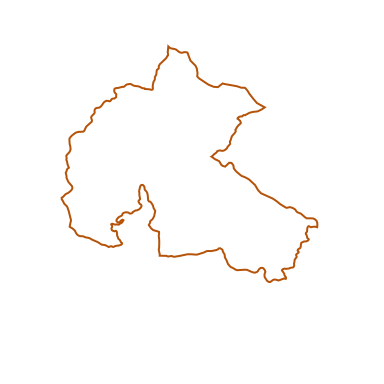 outline of Bannang Sata, Yala, Thailand, rotated 225°
{"feature_id": "78962969B58904714104170", "entity_name": "Bannang Sata", "entity_type": "district", "adm_level": 2, "iso_a3": "THA", "parent_name": "Thailand", "parent_adm1": "Yala", "projection": "albers", "projection_center": [101.271, 6.261], "detail": "fine", "context": "isolated", "style": "outline", "palette": "amber", "viewbox_px": 384, "rotation_deg": 225, "n_neighbors": 0, "source": "geoboundaries", "source_scale": "gbopen_adm2", "svg_char_len": 6038}
<svg xmlns="http://www.w3.org/2000/svg" viewBox="0 0 384 384"><g transform="rotate(225 192 192)"><path d="M253.9,80.9L250.7,81.7L247.7,81.9L244.9,81.0L243.5,80.7L242.0,80.8L240.1,81.5L237.8,83.6L235.1,84.7L232.9,86.3L231.6,87.0L228.8,87.7L223.3,89.9L218.7,90.9L216.2,92.8L214.9,93.4L211.8,94.3L211.5,95.4L210.9,96.4L210.4,96.8L209.6,96.9L208.7,97.7L208.3,98.6L208.1,99.6L205.7,102.7L204.7,105.0L204.9,106.0L205.3,106.4L206.5,106.2L208.9,107.0L211.2,106.9L212.6,107.7L213.7,108.0L217.1,110.7L217.9,110.8L218.4,110.7L219.1,109.3L220.6,108.6L221.7,108.4L222.9,109.0L223.3,109.5L223.7,110.7L224.8,111.8L225.2,112.0L225.6,111.8L226.0,111.8L226.3,112.0L226.3,112.5L225.9,113.2L223.1,114.7L222.3,115.9L220.8,117.0L220.5,117.7L220.6,118.7L220.0,120.2L219.9,121.3L220.5,123.6L221.0,123.5L221.7,123.1L222.1,121.0L221.8,119.6L222.3,118.8L222.8,118.3L223.6,118.0L224.3,118.0L224.9,118.1L225.6,118.9L225.8,119.4L226.1,121.7L225.8,123.2L225.0,125.5L225.1,126.3L225.7,127.4L225.7,128.0L225.6,128.8L224.9,130.2L224.2,131.2L222.5,132.4L220.7,132.8L220.1,133.4L219.6,134.3L219.4,135.2L219.7,135.9L218.9,139.0L217.9,140.2L217.1,142.5L217.2,145.1L217.4,145.6L217.8,146.4L218.3,146.8L219.2,147.0L220.6,146.7L222.5,147.2L223.3,147.6L223.6,148.4L223.6,150.0L224.0,150.5L227.3,152.8L228.6,154.2L229.8,155.0L230.5,155.9L232.5,159.2L232.8,160.2L232.8,161.0L232.7,161.3L231.8,162.2L230.0,162.2L229.0,161.8L227.5,160.5L226.7,160.2L224.4,160.1L223.0,159.7L221.0,158.4L217.2,155.2L215.8,154.9L214.7,155.6L213.2,155.6L210.0,154.8L207.6,153.4L204.7,152.7L203.8,151.5L202.8,149.8L201.8,148.4L201.2,146.8L200.7,144.8L200.9,141.7L199.9,140.7L199.2,138.1L195.2,137.4L192.6,137.6L187.2,140.5L186.1,139.6L184.5,137.5L181.6,135.2L178.9,132.6L175.9,129.4L174.8,127.8L173.2,126.7L170.6,125.0L169.8,124.1L165.0,128.7L163.4,129.4L161.1,132.4L159.6,133.0L158.7,133.7L155.3,138.4L151.3,144.6L148.1,147.8L144.8,150.6L143.8,151.9L140.4,158.5L140.1,160.0L139.1,161.5L136.9,163.5L134.0,167.7L133.1,169.7L133.1,171.2L132.2,172.2L129.7,172.7L127.7,171.6L124.6,170.8L122.6,169.1L119.2,168.1L115.5,166.5L111.6,166.3L109.7,167.1L106.3,167.9L104.7,168.7L99.8,174.3L98.0,175.9L93.8,177.5L91.9,178.4L90.5,179.4L89.6,181.2L89.4,182.5L90.0,184.6L89.8,186.7L88.8,188.0L87.7,188.5L85.5,188.3L83.6,187.4L82.9,185.7L81.9,184.4L80.4,183.2L76.3,182.3L74.3,182.6L73.1,183.6L72.8,184.9L72.6,186.8L71.8,188.5L70.5,189.4L68.2,190.7L65.7,196.0L64.3,196.8L64.7,197.7L65.3,198.1L67.6,198.5L68.9,199.4L71.7,200.0L72.5,200.0L73.2,200.4L73.2,200.8L73.2,201.5L72.4,203.3L71.3,204.0L69.3,206.5L68.9,207.8L67.2,210.2L67.2,211.1L67.8,212.3L69.3,213.6L70.1,215.0L71.3,216.4L71.6,217.0L72.0,219.9L72.3,220.3L73.9,221.1L74.1,221.5L74.1,222.5L73.8,224.6L73.9,224.8L74.6,225.2L75.8,225.2L76.2,225.7L76.4,226.9L75.9,228.7L76.0,229.3L76.5,230.3L77.6,231.5L78.8,233.3L77.9,236.0L76.1,238.2L75.6,240.0L75.8,240.8L76.0,241.1L76.6,241.2L77.7,241.0L78.2,241.2L80.5,242.6L81.5,242.7L82.0,242.9L82.5,243.7L82.6,245.3L84.6,247.6L85.4,249.0L85.5,249.7L85.2,250.4L84.8,250.7L83.3,251.0L82.9,251.3L82.1,252.6L80.5,254.5L78.6,255.6L80.0,257.3L81.7,258.8L83.5,259.7L86.0,259.6L87.9,258.8L92.3,254.5L93.8,254.1L99.7,253.7L102.9,252.3L104.2,252.1L106.8,252.6L109.6,251.9L112.1,250.5L113.9,247.7L115.1,247.2L121.0,245.8L125.9,245.3L130.1,244.5L142.3,239.9L146.4,240.0L152.4,241.5L160.6,241.2L164.8,240.0L168.1,238.5L170.0,238.2L174.9,237.8L179.0,238.2L181.6,240.1L184.6,240.5L186.4,239.0L186.5,233.4L188.7,232.2L190.2,231.9L194.7,233.0L198.8,231.5L203.2,230.8L203.0,231.4L203.1,234.2L202.7,236.6L202.7,237.9L203.0,238.7L202.8,239.3L201.8,241.0L199.6,242.6L198.9,243.6L198.5,244.7L198.2,247.1L198.3,248.2L198.8,249.0L198.9,252.4L199.1,253.1L200.7,254.3L201.0,254.8L201.2,255.8L203.2,259.5L203.6,264.6L203.8,265.4L204.1,266.0L205.2,266.5L206.1,270.1L206.3,271.8L206.1,274.9L206.4,275.5L208.2,276.3L210.1,276.3L211.6,276.0L211.9,276.3L212.0,276.9L211.9,278.1L211.3,279.5L209.9,281.0L210.1,281.6L209.8,283.0L208.8,283.8L207.4,288.6L205.7,291.5L202.6,295.4L201.1,299.7L200.4,303.3L209.0,300.8L214.2,301.2L220.7,302.0L224.4,302.9L227.0,303.1L228.2,303.1L229.1,302.4L230.9,300.6L235.1,298.5L245.6,291.2L247.1,290.4L247.8,284.5L250.9,281.8L256.1,279.6L267.4,277.3L270.0,277.4L272.2,280.0L275.9,282.7L278.9,283.8L286.0,283.8L293.9,287.4L295.6,286.2L296.5,285.2L297.1,284.0L298.0,282.9L299.5,282.1L300.8,281.8L303.9,281.5L305.5,280.7L308.1,278.9L309.6,278.2L311.7,278.2L308.0,273.7L306.4,272.5L305.7,271.8L305.5,271.4L305.6,270.4L305.1,269.3L304.9,268.1L305.1,259.7L304.6,257.8L304.0,257.0L302.9,255.8L302.9,255.0L303.1,254.3L303.1,253.5L302.7,252.8L300.3,249.8L299.7,247.6L299.2,246.7L297.7,245.1L297.2,242.8L295.5,240.2L294.1,238.5L292.8,237.5L292.4,236.8L292.6,235.9L293.1,235.5L295.0,234.3L298.2,231.5L298.7,231.8L300.6,230.3L303.2,229.5L305.1,228.5L306.9,226.9L309.1,225.7L311.0,225.3L312.2,224.6L314.0,222.2L314.4,220.7L314.4,219.1L314.8,217.8L315.5,217.3L317.6,213.7L319.1,211.8L319.7,210.7L319.6,209.8L318.5,208.5L316.9,207.6L315.3,207.7L314.6,207.5L312.7,205.4L312.7,205.1L313.1,203.0L313.9,202.2L314.4,201.3L314.4,200.2L314.1,199.4L314.1,198.4L314.6,197.7L316.0,196.9L316.9,196.1L317.5,194.6L317.7,193.2L316.9,188.4L317.0,187.3L317.2,186.2L318.7,184.2L319.1,183.5L319.2,182.9L319.1,181.9L318.8,181.1L318.2,180.3L317.4,179.8L316.9,179.2L316.6,178.4L316.6,175.5L316.5,174.3L316.1,173.6L315.8,173.2L313.7,172.1L313.0,171.5L312.6,170.8L313.0,164.1L312.9,163.1L311.4,159.0L311.7,157.6L314.8,154.2L315.8,152.5L316.3,151.1L316.8,147.5L316.8,145.5L316.6,143.8L316.3,143.0L315.7,142.3L312.5,139.5L311.3,138.7L310.4,138.3L308.1,136.4L307.3,134.9L306.8,133.2L306.8,130.2L306.5,128.7L304.5,127.2L303.6,125.9L302.1,125.3L299.5,123.5L296.2,122.1L296.5,120.5L296.1,119.1L295.3,117.8L294.9,116.4L293.5,115.4L292.0,114.6L291.0,113.5L289.8,112.9L286.8,111.8L285.5,111.6L281.2,111.3L279.9,110.7L278.9,109.5L278.6,107.8L278.6,106.4L278.8,104.5L279.1,103.1L279.7,101.8L279.9,100.3L279.7,97.6L280.1,95.8L278.9,94.7L277.4,94.5L274.1,93.4L270.0,93.4L265.8,91.4L257.9,86.7L257.0,85.7L256.2,84.3L253.9,80.9Z" fill="none" stroke="#b45309" stroke-width="2"/></g></svg>